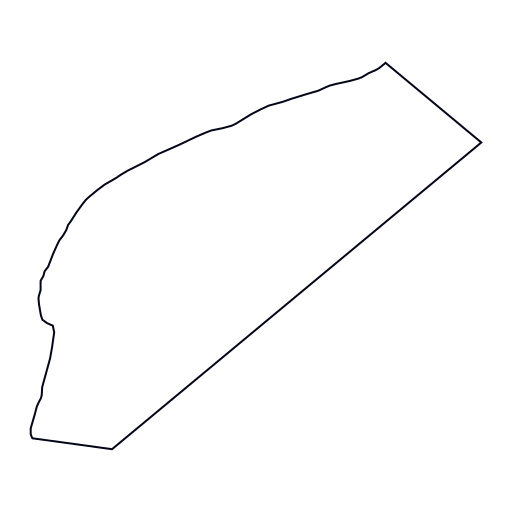 Ngerkeiukl, Palau
{"feature_id": "81905179B11075638716817", "entity_name": "Ngerkeiukl", "entity_type": "district", "adm_level": 2, "iso_a3": "PLW", "parent_name": "Palau", "parent_adm1": "", "projection": "albers", "projection_center": [134.228, 7.009], "detail": "fine", "context": "isolated", "style": "outline", "palette": "ink", "viewbox_px": 512, "rotation_deg": 0, "n_neighbors": 0, "source": "geoboundaries", "source_scale": "gbopen_adm2", "svg_char_len": 939}
<svg xmlns="http://www.w3.org/2000/svg" viewBox="0 0 512 512"><path d="M481.3,142.5L385.5,62.8L384.7,63.6L379.0,68.2L376.1,69.9L368.6,73.2L362.1,77.1L358.0,78.7L349.5,81.0L336.2,83.9L329.7,85.6L325.0,87.6L318.3,90.7L306.6,94.1L291.4,98.8L282.8,101.8L268.8,105.6L261.2,109.1L251.4,114.1L235.5,123.9L231.7,125.7L222.5,128.2L211.5,130.4L206.2,132.4L196.1,136.7L179.6,144.6L158.3,154.0L144.5,162.2L127.6,170.7L121.2,174.5L116.2,177.9L104.6,184.6L97.4,190.0L89.4,196.6L86.0,199.7L82.9,203.5L76.6,212.2L70.9,221.1L68.0,225.1L66.4,229.8L63.2,235.3L59.4,240.3L57.2,244.7L53.2,253.6L48.1,266.8L44.6,271.3L43.4,276.0L40.6,280.8L40.6,290.1L38.8,296.1L38.5,298.8L39.0,304.2L40.9,315.4L42.4,319.7L47.0,323.1L52.8,325.7L54.2,332.3L53.3,338.5L52.1,347.0L50.1,358.4L42.2,387.1L41.7,395.4L40.9,398.2L38.9,402.0L36.9,406.3L34.7,414.6L30.7,428.4L30.7,434.0L31.5,436.5L32.5,438.3L112.0,449.2L481.3,142.5Z" fill="none" stroke="#020617" stroke-width="2"/></svg>